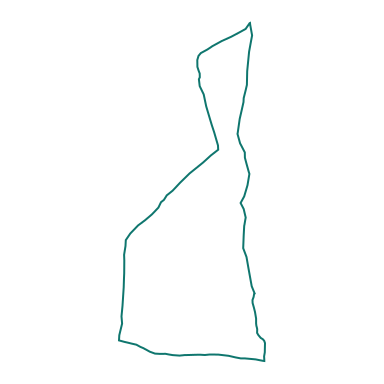 Gwelekpoken, Maryland, Liberia (Albers equal-area conic projection)
{"feature_id": "62588387B88590052314441", "entity_name": "Gwelekpoken", "entity_type": "district", "adm_level": 2, "iso_a3": "LBR", "parent_name": "Liberia", "parent_adm1": "Maryland", "projection": "albers", "projection_center": [-7.93, 4.962], "detail": "fine", "context": "isolated", "style": "outline", "palette": "teal", "viewbox_px": 384, "rotation_deg": 0, "n_neighbors": 0, "source": "geoboundaries", "source_scale": "gbopen_adm2", "svg_char_len": 1885}
<svg xmlns="http://www.w3.org/2000/svg" viewBox="0 0 384 384"><path d="M145.5,349.3L149.8,351.7L155.0,353.6L160.2,353.9L161.6,353.9L165.4,353.8L169.0,354.5L172.7,355.1L179.7,355.6L181.4,355.4L182.7,355.3L184.3,355.1L188.8,355.0L195.2,354.8L199.7,354.7L204.9,355.0L209.8,354.5L218.3,354.6L228.6,355.8L235.5,357.4L240.8,358.4L244.8,358.4L253.7,359.2L255.7,359.4L260.2,360.3L263.4,360.9L264.3,361.0L264.3,360.1L264.1,356.4L264.8,352.3L264.9,347.0L265.0,343.1L264.2,340.8L262.8,339.2L260.7,337.9L258.3,335.0L257.1,332.9L257.2,329.2L256.8,327.3L256.4,325.9L256.1,323.5L256.1,318.6L255.5,315.0L255.0,312.0L253.9,307.6L252.6,303.0L252.5,300.0L253.6,297.0L254.2,293.5L254.6,293.4L251.7,286.2L248.4,267.9L246.5,257.0L243.2,248.2L243.7,235.2L244.2,225.9L244.5,224.5L245.4,219.1L245.7,217.6L243.7,209.0L240.6,203.0L243.7,197.3L244.2,196.4L247.5,185.2L249.4,173.9L248.6,171.3L246.6,164.1L244.9,157.7L244.8,152.4L241.3,145.6L240.1,143.4L237.5,133.9L237.7,133.0L239.7,118.9L241.6,110.6L243.5,102.1L243.7,98.1L245.7,90.1L246.9,84.9L247.2,71.1L249.1,51.7L251.0,41.3L252.1,35.4L250.2,24.8L250.0,23.0L249.6,23.2L248.1,25.4L246.4,27.8L245.7,28.9L239.2,32.5L231.1,36.8L221.8,41.0L218.9,42.6L212.3,46.2L210.9,47.2L207.4,49.5L200.8,53.1L198.5,55.9L197.3,60.0L197.4,66.9L198.6,70.6L199.7,73.5L199.8,77.3L198.9,79.2L199.7,86.1L203.7,94.4L206.2,106.3L210.5,120.8L211.8,125.1L214.2,132.4L218.0,145.5L218.1,148.1L218.2,149.7L217.2,150.5L210.9,155.4L203.1,162.5L189.6,173.4L180.2,182.6L172.6,190.7L169.0,193.6L166.7,195.4L166.0,196.6L163.9,199.9L161.0,202.2L158.4,207.6L152.0,214.3L145.1,220.2L138.1,225.4L130.3,233.5L125.8,240.1L125.5,246.0L124.1,254.8L124.3,260.5L124.2,273.4L124.0,277.9L123.7,287.4L122.5,305.9L121.5,316.4L122.1,323.6L119.3,335.2L119.0,340.4L124.5,341.9L128.0,342.7L131.6,343.6L136.4,344.7L140.4,346.9L143.5,348.2L145.0,349.1L145.5,349.3Z" fill="none" stroke="#0f766e" stroke-width="2"/></svg>